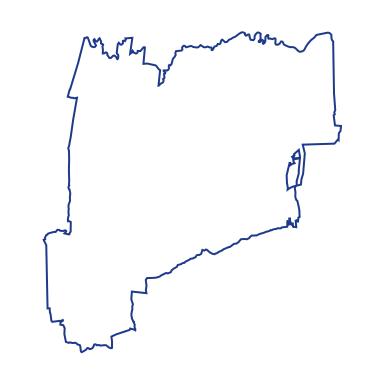 outline of Brahasesti, Galati, Romania, rotated 272°
{"feature_id": "2599482B25283721312735", "entity_name": "Brahasesti", "entity_type": "district", "adm_level": 2, "iso_a3": "ROU", "parent_name": "Romania", "parent_adm1": "Galati", "projection": "equal_earth", "projection_center": [27.355, 46.048], "detail": "fine", "context": "isolated", "style": "outline", "palette": "blue", "viewbox_px": 384, "rotation_deg": 272, "n_neighbors": 0, "source": "geoboundaries", "source_scale": "gbopen_adm2", "svg_char_len": 5962}
<svg xmlns="http://www.w3.org/2000/svg" viewBox="0 0 384 384"><g transform="rotate(272 192 192)"><path d="M347.5,327.8L348.4,326.8L350.4,326.0L354.0,325.8L355.6,324.0L355.9,323.0L355.9,321.6L353.3,310.9L350.8,309.0L347.6,305.3L344.3,302.7L342.2,301.3L337.9,299.2L336.7,297.8L336.1,296.1L335.9,294.8L336.5,293.4L339.7,289.9L340.3,287.8L340.2,285.1L340.7,283.1L342.2,279.4L342.8,278.6L345.3,277.3L345.6,275.9L345.4,275.6L343.4,274.5L342.2,272.8L342.3,270.7L343.5,270.1L347.5,270.2L348.3,269.9L348.5,269.2L347.6,266.9L348.1,264.5L347.8,263.3L348.3,262.9L349.8,262.6L351.1,262.9L351.5,262.6L351.4,261.6L349.5,260.0L345.1,260.0L343.4,259.2L342.6,258.1L342.8,257.7L343.4,257.6L345.5,258.2L346.5,256.9L346.2,256.2L344.4,255.1L344.1,253.9L344.5,253.4L345.1,253.4L347.0,255.2L347.5,255.3L350.5,254.9L352.3,255.2L353.3,254.0L353.7,252.9L353.6,251.8L351.9,250.1L349.8,249.1L347.5,249.2L345.9,248.1L346.1,245.6L346.5,245.1L349.5,244.0L350.4,244.1L351.5,243.3L351.0,241.8L350.3,241.2L350.1,240.5L351.1,239.4L352.3,239.5L352.9,238.9L353.4,236.7L352.9,235.3L351.8,233.6L348.6,229.7L347.7,227.6L346.3,225.6L345.5,223.7L343.3,221.8L342.9,219.8L345.3,217.0L345.2,216.5L344.0,215.8L341.2,215.1L340.6,213.9L340.9,212.6L338.8,211.5L338.1,209.3L335.2,208.0L334.5,207.3L334.7,206.6L336.4,206.7L337.1,206.1L337.1,204.4L337.9,202.7L337.0,200.0L337.2,198.6L339.1,195.5L336.9,193.2L336.6,192.1L336.9,188.3L337.7,186.8L337.9,185.7L336.4,181.0L337.8,179.7L337.8,178.5L337.1,177.7L336.0,177.1L333.9,177.4L333.0,176.6L332.2,171.1L330.1,170.5L328.4,170.9L326.1,169.7L324.5,168.3L318.9,167.0L317.8,165.9L318.2,164.9L317.3,164.4L314.7,164.6L313.6,164.3L312.4,162.6L312.7,160.2L312.4,159.4L311.9,159.5L310.1,161.2L309.5,161.0L309.2,160.0L308.9,159.9L305.4,160.5L304.7,160.2L303.9,159.1L302.9,159.7L301.2,159.5L300.2,158.8L298.8,156.3L297.5,155.6L297.2,154.8L312.7,155.9L313.4,154.6L316.9,151.8L317.4,150.7L318.8,142.8L318.4,139.0L334.8,139.9L335.1,139.1L334.8,138.4L331.1,135.6L331.1,132.8L329.5,132.7L328.7,132.0L328.5,130.9L329.5,128.4L330.3,128.4L331.2,127.7L330.3,127.1L329.3,127.0L327.9,125.3L344.0,127.0L343.2,120.3L342.6,120.7L340.5,119.8L341.0,118.9L340.6,117.7L338.3,117.8L336.8,116.5L336.9,115.2L338.6,113.7L337.3,112.7L328.5,111.9L327.1,112.6L326.7,113.3L325.5,113.6L323.1,113.5L322.2,112.9L322.7,112.2L324.0,111.8L325.4,110.1L325.7,109.3L325.3,108.3L323.2,106.4L323.1,104.8L326.0,102.6L327.8,102.4L328.4,101.7L328.4,100.7L327.5,99.4L327.3,98.0L331.4,98.0L334.4,97.4L336.0,98.1L336.7,97.5L336.9,96.3L337.2,95.9L339.5,95.8L342.4,94.3L341.7,93.4L340.6,93.0L339.0,91.8L339.3,90.6L341.3,89.2L340.8,88.5L339.4,88.4L335.1,91.0L333.7,90.0L333.3,88.8L333.8,86.7L334.6,85.7L342.6,82.5L343.0,81.5L341.9,79.9L342.1,79.2L317.0,73.7L290.3,66.6L290.2,66.2L282.9,64.5L281.9,68.5L282.0,69.7L281.5,70.7L282.2,73.8L260.8,70.8L242.2,68.8L233.8,67.5L231.4,66.8L228.9,67.6L219.9,68.1L209.8,68.2L198.4,68.9L194.7,68.8L194.4,69.1L192.6,68.3L190.4,68.9L190.2,69.5L187.0,70.3L185.0,70.4L183.2,70.1L178.7,70.4L174.9,69.1L172.4,69.1L170.9,69.4L167.5,69.2L164.5,69.7L162.4,69.1L159.1,68.9L158.4,69.1L158.6,70.2L157.8,71.9L148.2,72.1L146.9,71.2L145.4,70.9L145.5,69.3L146.2,66.0L148.3,67.7L148.7,67.6L149.2,66.8L149.2,66.2L148.6,64.8L148.6,62.4L148.7,61.5L149.4,60.8L149.5,58.8L147.3,57.1L147.3,55.5L146.0,51.1L145.2,49.4L144.3,48.9L144.0,48.0L142.9,47.4L141.0,46.6L139.7,46.9L139.0,45.4L133.8,48.2L70.8,51.7L70.6,51.7L70.8,53.8L66.8,54.2L65.0,54.9L58.7,55.9L57.7,56.4L57.4,56.9L58.7,64.9L58.6,65.6L58.8,65.9L58.6,66.3L59.1,66.5L59.5,67.3L58.9,67.5L57.1,65.1L54.8,65.1L54.4,68.0L51.5,69.5L45.6,69.4L37.8,71.2L36.9,74.1L37.5,75.4L36.9,77.4L37.2,80.8L36.9,81.5L35.5,83.2L35.2,85.1L33.6,85.8L29.0,86.5L28.1,87.2L28.6,88.4L30.6,91.5L32.4,92.9L32.2,94.3L31.4,95.0L31.5,95.9L32.4,97.9L34.7,99.2L35.9,99.5L36.4,100.1L36.2,101.4L35.5,102.3L35.9,104.3L35.3,105.5L35.9,110.1L35.8,111.6L33.6,114.6L33.1,116.2L33.2,117.3L33.4,117.5L39.9,117.3L44.7,116.5L47.3,121.7L52.0,134.5L53.4,135.0L52.4,139.2L51.9,140.1L52.9,140.2L53.5,139.7L55.8,139.2L57.4,139.4L59.1,138.6L60.1,138.6L60.5,137.7L60.9,137.8L63.5,136.3L64.4,136.4L65.4,135.9L68.2,135.7L73.1,136.5L75.7,136.3L77.7,136.9L82.6,135.1L90.4,135.4L89.3,150.0L92.3,149.3L96.7,149.8L102.4,148.9L104.4,150.0L104.9,157.3L105.4,160.1L106.5,162.9L107.4,163.8L110.2,169.0L109.8,170.7L111.1,173.6L113.0,174.4L114.5,176.0L116.7,179.5L118.5,180.3L119.5,183.5L120.7,185.2L121.0,187.0L122.1,187.8L124.1,191.6L125.1,192.6L125.7,195.4L126.3,196.0L126.6,197.2L127.1,197.9L128.7,198.7L129.1,199.4L129.4,201.5L130.4,203.3L134.5,204.4L133.9,206.4L135.0,207.9L134.7,209.0L132.2,212.0L130.9,214.8L130.6,216.8L131.3,217.6L131.9,219.5L132.6,220.0L134.5,223.8L136.0,225.8L138.3,230.8L138.4,231.8L141.6,235.7L142.0,238.2L143.4,240.1L146.5,242.6L146.9,246.1L146.7,248.6L148.1,251.0L149.2,251.5L150.6,253.4L150.8,257.9L152.6,261.5L153.6,264.8L155.0,268.0L155.6,270.4L156.7,271.9L156.5,272.7L157.7,275.2L158.1,277.7L158.8,278.9L158.7,281.6L159.8,283.2L160.6,288.4L165.6,288.3L165.7,288.7L166.4,288.6L166.5,289.1L166.9,289.1L162.7,289.6L163.2,290.6L168.9,290.1L169.0,290.8L164.9,291.2L164.9,291.7L163.9,291.8L162.7,292.5L162.8,293.1L164.1,293.1L164.0,293.9L161.0,294.1L160.6,294.5L160.8,295.6L160.5,297.4L167.0,296.6L167.4,297.4L166.2,298.5L166.2,299.0L170.2,299.2L170.7,300.4L177.6,299.9L180.9,299.2L187.0,297.5L187.8,296.4L190.8,295.4L195.4,295.4L199.5,294.6L200.8,294.9L201.4,295.6L201.8,295.5L200.8,292.3L198.9,288.9L197.7,287.5L199.7,287.6L204.4,286.6L211.9,286.0L224.5,288.5L224.5,289.1L221.5,288.4L223.5,291.1L224.4,293.5L225.3,292.7L227.6,292.0L228.4,293.6L229.3,297.7L229.9,297.7L229.0,293.3L230.0,293.0L229.5,291.6L230.7,290.8L232.4,293.1L233.4,292.6L237.8,297.3L230.5,298.8L218.9,298.0L214.0,298.0L206.2,296.2L202.0,296.5L203.2,300.6L208.3,300.9L214.2,302.4L234.5,303.4L243.2,301.0L245.3,332.7L249.7,336.1L249.1,336.7L255.8,336.7L258.3,338.3L263.2,338.6L263.5,332.6L273.6,330.9L274.6,332.0L276.4,331.4L278.8,332.3L295.4,330.5L347.5,327.8Z" fill="none" stroke="#1e3a8a" stroke-width="2"/></g></svg>